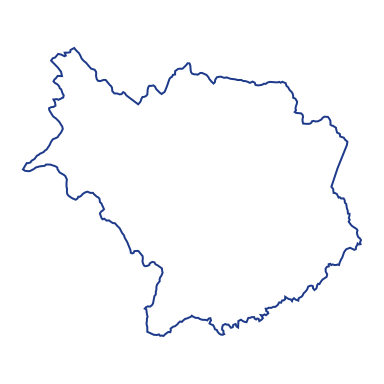 Castro, Paraná, Brazil (Natural Earth projection)
{"feature_id": "56859067B62278362506794", "entity_name": "Castro", "entity_type": "district", "adm_level": 2, "iso_a3": "BRA", "parent_name": "Brazil", "parent_adm1": "Paraná", "projection": "natural_earth1", "projection_center": [-49.875, -24.807], "detail": "fine", "context": "isolated", "style": "outline", "palette": "blue", "viewbox_px": 384, "rotation_deg": 0, "n_neighbors": 0, "source": "geoboundaries", "source_scale": "gbopen_adm2", "svg_char_len": 5873}
<svg xmlns="http://www.w3.org/2000/svg" viewBox="0 0 384 384"><path d="M314.4,290.0L316.3,288.6L316.8,287.1L317.1,285.3L318.1,283.8L319.4,284.1L321.0,281.5L322.6,279.5L326.6,276.9L327.2,274.4L325.7,271.6L325.6,268.7L326.9,266.8L328.8,266.4L328.7,264.2L330.3,263.8L331.3,265.1L332.7,264.4L334.2,265.0L336.3,265.0L337.5,264.5L339.0,265.0L339.6,262.8L341.0,259.5L342.3,257.4L344.0,252.4L345.5,250.1L346.5,249.1L350.1,247.8L354.3,249.8L355.8,249.2L356.0,247.0L357.2,245.0L357.6,243.5L358.8,244.4L360.5,244.2L360.0,242.3L361.0,240.1L360.0,238.5L358.2,237.0L357.3,234.8L356.9,232.4L357.5,230.4L356.6,229.0L352.2,226.1L351.0,224.9L348.7,221.7L349.7,219.8L348.8,218.1L349.5,215.5L349.5,213.8L347.9,213.6L347.7,210.4L346.9,208.4L346.2,203.9L344.9,202.7L344.7,200.3L343.6,198.4L341.1,198.5L339.8,197.2L338.6,197.6L336.9,194.1L335.2,193.1L333.6,192.9L333.1,188.9L331.4,186.8L337.5,168.4L346.9,145.0L347.4,141.7L345.1,139.7L343.8,137.7L340.2,136.5L339.7,133.8L337.1,132.6L336.2,129.4L336.0,127.8L333.2,125.9L331.7,125.5L330.5,124.7L330.4,120.9L329.4,118.9L327.9,116.9L324.3,116.7L322.8,117.7L321.1,119.7L318.2,121.2L315.6,121.5L313.5,120.9L312.0,121.3L311.4,122.7L309.8,123.7L307.7,123.9L303.2,123.6L302.6,121.6L302.5,119.2L303.1,116.6L302.5,114.7L301.2,113.4L296.1,112.9L294.7,112.0L296.0,110.3L295.5,108.8L295.8,106.6L296.8,103.8L297.1,101.6L295.3,98.6L293.2,97.8L293.2,95.9L292.6,93.5L291.4,91.7L289.7,90.1L288.0,87.1L286.5,86.0L285.7,83.2L282.4,81.8L280.6,82.7L279.4,81.9L277.2,82.4L269.8,81.9L267.4,82.6L265.7,83.9L264.0,83.7L261.8,84.9L258.1,85.4L255.6,85.0L254.7,82.7L252.6,81.6L249.9,82.9L247.9,81.9L245.0,81.0L243.3,81.1L241.4,80.0L237.2,80.0L235.7,79.4L230.6,78.8L226.6,77.4L225.2,77.8L223.4,77.6L221.0,76.7L219.0,76.8L216.8,77.3L215.2,79.9L214.8,82.3L213.5,83.5L211.7,81.8L209.4,79.1L208.5,77.3L206.5,74.9L201.9,72.9L200.3,73.0L197.7,74.7L196.0,74.3L194.1,74.3L192.1,73.6L191.0,72.0L190.7,70.5L190.3,65.5L189.5,63.4L187.6,63.3L186.3,65.0L182.9,68.4L181.5,68.9L179.8,68.6L177.8,69.1L175.1,71.2L175.1,74.5L172.8,74.9L172.1,76.7L170.3,77.8L169.4,79.1L166.9,86.4L164.7,91.8L161.6,94.0L159.6,92.5L156.2,89.1L155.0,86.6L153.4,85.4L151.2,85.9L149.3,85.8L148.3,87.2L147.7,89.5L147.3,94.6L145.8,96.2L144.0,96.9L142.5,97.0L141.5,98.6L140.9,100.7L139.9,102.4L138.2,104.3L127.0,95.9L125.9,94.8L124.8,93.1L123.2,92.1L121.6,94.1L119.7,94.4L117.2,93.5L114.3,93.4L112.3,91.1L112.0,87.7L111.0,86.0L109.8,85.0L105.7,80.0L103.7,79.9L100.2,81.1L98.2,80.9L96.8,79.3L96.0,75.8L96.2,73.7L96.0,71.7L94.6,69.7L91.0,68.6L86.0,62.7L83.5,60.7L81.6,58.5L80.7,56.3L79.1,53.3L76.1,50.4L74.2,48.0L70.5,50.0L70.2,52.1L68.5,52.6L64.7,52.7L65.8,55.6L64.5,56.2L61.0,54.5L58.2,53.9L55.1,57.5L52.7,58.3L51.1,60.6L57.9,67.6L61.0,71.7L62.0,76.1L57.7,75.9L55.7,78.5L54.5,79.4L53.5,81.4L55.0,83.0L57.2,84.2L58.4,85.4L59.3,86.6L59.7,88.2L61.2,89.4L62.6,93.5L63.7,95.3L63.2,97.5L58.5,99.8L56.9,99.1L53.5,99.5L55.0,102.3L55.5,105.6L53.6,106.9L51.1,107.2L49.0,108.3L49.4,110.4L51.9,114.5L53.4,116.7L55.9,118.4L59.1,121.6L62.2,126.5L62.8,128.9L61.0,132.6L58.5,135.7L57.8,137.0L56.3,137.9L52.9,139.2L50.9,142.1L49.7,144.9L46.6,149.5L44.9,150.6L43.7,152.0L39.7,153.9L38.5,155.0L37.0,155.6L34.5,159.0L31.6,160.7L30.5,162.4L28.5,163.1L26.7,163.1L23.0,169.4L24.8,170.7L27.2,171.1L29.8,171.1L33.4,169.3L36.0,167.4L39.6,166.4L44.7,165.8L46.1,164.5L50.4,164.6L55.7,166.4L57.3,167.5L57.5,169.2L59.7,172.5L63.9,174.9L65.4,176.2L66.9,179.5L66.5,182.9L66.5,187.0L67.0,188.4L66.9,192.1L67.3,194.1L68.3,195.5L70.0,196.8L72.5,198.4L75.7,199.7L77.5,198.5L78.3,196.7L79.7,196.8L81.4,195.6L82.7,194.0L85.1,192.4L87.5,191.7L90.3,192.9L93.0,192.9L94.1,194.3L96.7,196.6L98.3,197.4L99.5,198.8L100.0,202.2L101.3,203.3L104.0,209.2L102.8,210.5L101.1,211.6L99.9,213.5L101.6,218.2L102.6,219.3L104.3,218.7L106.6,220.6L109.0,220.4L111.4,222.2L113.0,223.1L114.9,223.2L117.2,225.8L119.7,228.3L122.0,232.8L123.8,235.1L125.0,238.3L127.1,241.8L130.4,249.9L130.9,252.9L132.2,253.4L133.6,252.9L134.4,251.1L136.6,250.9L138.4,251.0L142.6,256.1L142.8,258.4L142.5,261.6L143.1,263.6L143.9,265.4L145.2,266.2L147.1,265.9L149.2,265.1L149.7,263.6L150.7,262.7L152.4,261.9L154.5,262.4L155.5,264.3L157.4,265.2L161.9,268.4L162.2,271.1L162.6,272.7L161.3,275.9L160.2,277.3L159.6,279.3L159.7,281.2L157.2,284.3L156.4,286.8L156.4,289.5L155.8,291.7L155.8,294.4L154.4,296.2L153.0,303.5L151.8,305.3L150.1,306.6L147.7,306.4L145.9,307.3L144.8,308.6L146.3,309.3L146.9,314.1L147.6,316.9L146.9,318.5L146.9,321.1L146.5,323.2L146.8,325.4L147.3,326.9L147.3,331.8L153.9,334.8L157.0,335.0L158.9,334.4L160.2,335.8L161.7,335.5L163.4,336.0L165.0,334.4L168.2,332.0L170.3,332.2L170.8,330.4L170.6,328.6L173.1,326.7L175.1,326.2L177.6,324.1L178.6,322.7L180.1,321.5L181.9,321.9L182.8,320.8L185.2,318.8L186.6,318.6L190.8,316.8L191.8,315.7L193.4,316.8L195.7,317.9L198.3,317.9L200.0,319.1L202.4,319.8L205.9,319.9L207.3,320.4L208.8,318.5L210.4,318.2L211.0,320.5L210.1,321.7L209.5,323.5L211.3,324.5L213.1,325.1L214.2,327.1L215.0,329.3L216.8,330.0L217.6,331.7L218.9,333.3L220.6,334.5L222.6,334.8L224.2,334.1L223.4,332.8L223.5,331.0L222.1,329.6L222.2,327.5L222.8,325.3L225.3,324.0L226.8,324.7L228.5,324.7L231.0,327.8L232.7,327.2L233.3,324.9L235.6,324.0L236.6,326.6L238.1,327.5L238.4,321.0L241.0,319.7L242.7,321.0L244.8,321.9L246.5,322.2L248.3,317.9L250.2,317.8L251.8,317.1L254.2,317.1L254.7,318.7L256.1,319.5L257.3,318.5L258.6,318.8L259.3,321.1L261.7,319.6L262.9,318.1L260.9,315.1L263.0,315.4L264.5,314.4L266.0,315.2L268.3,313.3L267.7,311.8L266.4,311.3L265.7,308.7L267.4,308.6L268.8,307.7L271.2,307.9L273.5,306.8L275.3,306.9L277.7,305.0L279.2,302.4L281.1,302.7L282.1,300.5L283.8,300.3L285.1,299.3L285.2,296.8L288.6,299.0L290.7,299.4L292.0,301.1L292.7,299.3L294.0,298.2L295.4,299.5L298.3,300.6L298.7,298.2L301.5,296.7L302.6,295.5L303.6,293.3L305.3,291.8L306.6,290.2L307.4,288.9L308.2,286.6L309.8,285.9L311.3,285.6L312.9,286.2L313.0,288.2L314.4,290.0Z" fill="none" stroke="#1e3a8a" stroke-width="2"/></svg>